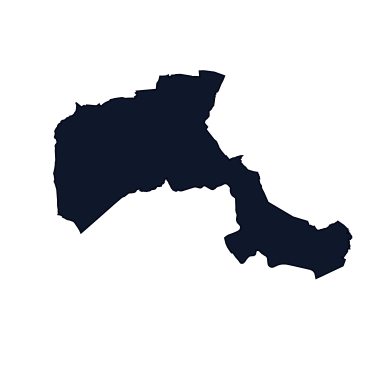 the district of Tingüindín, Michoacán, Mexico, rotated 159°
{"feature_id": "50627088B1844549106246", "entity_name": "Tingüindín", "entity_type": "district", "adm_level": 2, "iso_a3": "MEX", "parent_name": "Mexico", "parent_adm1": "Michoacán", "projection": "orthographic", "projection_center": [-102.513, 19.806], "detail": "fine", "context": "isolated", "style": "filled", "palette": "ink", "viewbox_px": 384, "rotation_deg": 159, "n_neighbors": 0, "source": "geoboundaries", "source_scale": "gbopen_adm2", "svg_char_len": 6028}
<svg xmlns="http://www.w3.org/2000/svg" viewBox="0 0 384 384"><g transform="rotate(159 192 192)"><path d="M310.3,193.6L287.0,202.2L268.8,209.0L259.5,212.3L258.5,212.4L256.7,212.3L251.3,214.0L248.5,213.0L247.5,213.0L246.5,212.5L244.9,212.7L244.3,213.0L243.1,214.0L240.2,214.0L239.6,213.8L239.3,213.0L239.9,212.0L239.1,211.5L238.5,210.7L237.1,210.5L235.9,209.8L234.8,209.4L234.4,209.0L234.0,208.8L233.6,208.8L233.1,209.3L232.2,208.6L231.1,208.4L230.0,208.5L228.9,209.1L227.7,208.6L226.7,208.3L226.2,208.5L225.7,208.2L225.2,208.3L225.0,209.0L224.5,208.8L224.2,208.8L224.1,209.2L222.6,209.8L220.4,209.0L218.6,208.7L217.2,210.5L216.4,210.3L216.3,210.8L215.4,210.5L214.6,211.0L214.6,211.4L213.9,212.7L213.3,212.9L212.6,214.0L211.6,213.7L211.2,214.0L210.5,214.0L210.4,213.3L210.8,212.4L210.8,212.0L210.3,210.6L210.1,209.0L210.2,208.1L209.7,206.1L209.9,205.7L209.7,204.9L209.7,203.7L208.9,200.8L206.8,198.7L206.1,198.5L205.8,198.5L205.2,198.9L204.8,199.6L203.5,198.1L202.2,197.3L201.0,196.9L188.1,196.1L186.3,195.4L183.1,193.1L182.6,192.9L181.3,192.9L179.4,193.8L178.1,193.6L177.3,193.0L172.9,187.7L172.1,187.2L171.1,186.9L169.2,187.2L168.1,187.8L167.0,188.1L165.5,188.2L162.8,187.9L158.9,188.3L158.3,188.2L157.0,187.6L156.3,186.9L155.7,186.0L154.7,183.4L154.5,182.4L154.5,181.7L155.0,180.8L155.8,178.8L156.0,177.0L155.8,175.1L155.4,174.0L153.5,171.1L153.5,170.1L156.5,161.4L157.4,159.3L157.8,157.0L157.7,155.2L158.0,154.1L159.8,151.0L160.4,149.3L160.4,147.3L158.9,143.6L159.0,141.5L160.4,139.6L162.1,138.9L163.8,138.6L168.4,138.4L173.7,138.5L175.2,138.2L177.8,137.4L178.0,136.3L178.6,131.4L178.3,127.3L177.0,121.6L176.6,121.0L175.4,120.5L174.3,115.8L172.7,111.5L172.0,108.5L171.5,108.0L170.3,107.5L169.3,107.6L167.4,108.5L166.3,109.4L163.6,111.0L161.6,111.7L160.5,111.7L157.1,110.7L156.1,110.8L155.3,111.2L154.9,111.6L153.8,113.6L153.2,114.0L152.3,114.2L151.4,114.1L150.7,113.7L150.0,112.7L148.9,110.2L147.2,107.7L145.5,105.5L145.2,104.8L145.1,102.8L146.1,99.5L146.6,97.2L146.6,95.9L145.6,94.2L144.6,93.4L143.3,93.0L137.5,93.3L135.0,93.0L133.3,92.6L130.5,91.5L128.7,90.5L124.5,87.8L109.0,77.4L107.1,75.2L106.4,73.2L106.3,72.3L106.4,70.7L107.1,66.9L77.5,69.1L73.3,73.9L74.3,75.0L74.6,75.7L74.8,76.0L75.2,76.0L75.5,77.3L74.2,76.8L68.8,80.4L68.1,80.9L67.7,82.6L66.4,83.1L65.2,82.5L64.7,84.8L64.5,85.1L64.0,85.1L64.1,86.7L63.8,87.0L64.0,88.2L63.2,88.7L63.1,89.7L62.9,90.1L63.2,90.9L63.0,91.8L62.0,91.7L61.1,91.2L60.9,91.9L59.6,91.9L59.1,92.8L59.0,93.9L59.6,95.1L59.7,97.2L61.6,97.4L61.9,97.9L61.6,98.4L60.6,98.5L60.2,99.0L60.5,99.0L60.5,99.5L59.9,101.4L60.1,101.4L62.4,106.5L66.4,112.3L67.0,112.1L67.2,111.7L68.5,111.8L69.3,111.4L71.0,111.3L72.1,111.5L72.7,111.8L73.2,111.4L74.5,111.4L74.8,111.7L75.7,111.3L77.0,110.2L78.1,110.2L79.8,109.7L81.6,110.3L82.8,110.3L83.1,110.1L83.6,110.3L84.3,110.3L85.5,110.7L86.2,110.5L87.4,110.6L87.9,111.0L88.9,111.0L89.1,111.3L89.2,112.4L89.9,113.5L90.0,115.3L90.2,116.1L91.3,116.2L92.1,116.9L92.4,116.6L92.6,116.6L92.8,117.0L92.8,117.5L93.2,118.2L94.8,118.6L94.9,120.2L94.7,120.5L94.8,121.2L94.7,122.6L95.3,123.1L95.1,123.3L106.7,132.3L124.8,155.1L125.3,165.8L125.8,169.9L125.8,171.2L125.2,172.6L125.2,173.2L125.8,175.5L125.3,179.0L124.9,179.8L124.2,180.1L124.2,181.0L123.8,182.0L124.0,183.6L123.7,184.3L124.1,185.6L123.8,186.6L127.3,188.7L130.2,190.9L131.9,192.3L132.5,193.3L133.2,195.9L134.3,197.6L135.0,199.2L135.4,200.9L136.2,201.5L135.9,202.4L135.1,203.4L135.7,204.2L135.5,205.5L135.3,205.8L134.2,206.0L133.9,206.7L133.7,207.0L132.2,207.8L133.4,208.2L137.8,208.6L139.9,208.4L141.3,208.9L144.2,208.8L145.5,208.2L147.3,213.5L148.1,213.5L150.3,220.1L151.1,223.9L151.0,225.0L151.2,229.9L151.5,230.7L152.8,233.1L156.6,245.6L154.2,247.2L155.6,250.9L155.8,252.0L155.4,253.0L154.3,254.2L153.7,254.7L151.8,255.3L149.2,256.7L148.8,257.3L147.3,261.5L144.5,262.5L144.3,262.7L144.2,263.3L143.9,263.6L143.3,263.5L142.5,264.2L142.2,264.7L141.5,264.7L141.0,265.0L139.3,267.9L137.1,272.1L136.3,272.9L136.2,273.3L136.3,273.6L136.1,273.7L136.0,274.2L135.4,274.9L134.9,275.0L135.0,275.5L133.5,276.7L132.6,276.5L131.3,277.3L126.5,282.5L123.3,285.3L120.1,288.7L128.2,295.7L136.3,300.1L139.2,301.4L139.7,301.4L141.7,302.2L143.4,296.6L148.1,298.7L150.4,299.4L151.3,300.3L160.8,305.8L164.4,307.0L165.7,307.3L166.0,307.3L166.0,307.2L169.4,308.2L170.3,307.0L172.5,307.9L172.2,309.6L174.7,309.5L178.3,310.6L180.4,311.5L181.9,309.2L183.0,307.8L185.8,305.8L188.4,300.4L207.3,305.8L207.2,305.6L207.6,305.3L207.5,304.8L207.7,304.3L208.1,304.2L208.4,304.7L209.2,304.7L209.0,304.0L208.5,303.4L208.4,302.5L208.8,302.0L208.8,301.6L209.2,301.6L209.6,301.8L210.2,301.2L211.4,301.3L211.4,300.8L211.0,300.3L212.0,299.8L214.3,301.0L215.3,301.2L217.2,302.0L219.4,302.7L220.4,302.9L223.6,305.1L231.1,306.8L233.0,306.9L234.9,307.3L235.6,307.0L235.9,306.4L238.1,306.4L241.3,306.2L241.8,305.8L242.6,305.9L242.9,305.6L243.4,305.6L243.8,305.4L244.3,305.4L245.1,304.5L245.4,304.4L247.5,306.2L247.2,306.4L247.2,307.3L247.9,306.9L248.3,307.0L249.6,306.6L250.6,306.6L259.3,310.9L260.2,310.4L261.1,310.4L261.9,311.4L264.8,310.8L268.4,317.1L268.3,314.6L268.5,313.7L269.4,312.2L269.3,311.4L269.5,311.1L270.0,310.8L270.5,310.1L271.0,309.0L273.0,307.8L274.2,306.7L275.0,306.6L275.7,306.2L276.7,306.0L278.9,306.4L280.1,305.7L282.1,305.9L283.4,305.3L284.3,305.1L285.3,304.6L287.0,305.1L287.6,305.1L288.8,304.7L289.3,304.3L289.5,303.3L290.0,303.1L291.4,303.3L292.6,302.7L293.4,302.1L293.9,301.5L294.3,300.5L295.0,300.4L295.8,300.0L298.2,297.9L298.3,296.4L298.7,295.1L299.3,294.0L300.4,293.0L300.6,292.5L300.5,291.4L299.5,290.3L299.8,287.2L300.7,285.7L302.2,285.0L303.0,284.2L303.5,281.9L304.6,279.5L307.6,270.4L308.7,268.7L310.0,265.7L311.9,262.4L314.4,258.7L314.5,256.8L315.5,252.5L316.2,251.9L316.8,251.0L316.6,249.0L317.1,243.0L320.0,233.2L322.3,226.9L323.0,223.5L323.9,221.4L324.2,219.7L325.0,219.0L323.5,218.2L321.9,216.6L321.2,215.4L321.6,214.9L319.4,212.7L319.2,212.1L318.4,211.5L317.8,210.8L317.1,210.5L315.6,209.4L313.7,207.8L312.8,206.7L312.2,205.0L310.7,198.3L310.4,196.2L310.3,193.6Z" fill="#0f172a" stroke="#020617" stroke-width="1.5"/></g></svg>